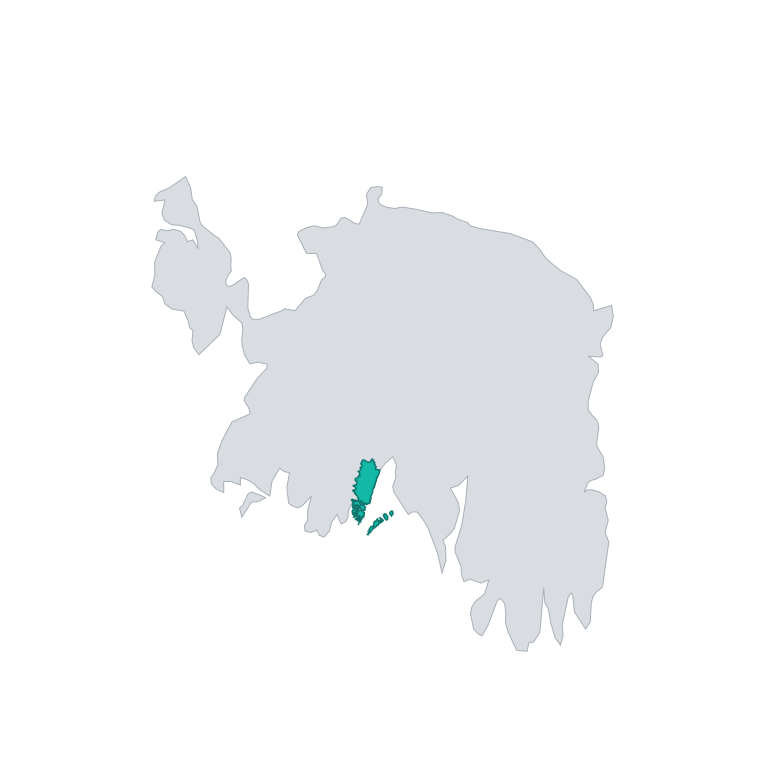 Conamara South Lea-5, Galway, Ireland shown in context, rotated 294°
{"feature_id": "5873133B18707060070656", "entity_name": "Conamara South Lea-5", "entity_type": "district", "adm_level": 2, "iso_a3": "IRL", "parent_name": "Ireland", "parent_adm1": "Galway", "projection": "mercator", "projection_center": [-9.603, 53.216], "detail": "fine", "context": "in_parent", "style": "filled", "palette": "teal", "viewbox_px": 768, "rotation_deg": 294, "n_neighbors": 0, "source": "geoboundaries", "source_scale": "gbopen_adm2", "svg_char_len": 9836}
<svg xmlns="http://www.w3.org/2000/svg" viewBox="0 0 768 768"><g transform="rotate(294 384 384)"><path d="M470.4,140.7L456.6,150.5L454.4,154.2L450.6,169.2L450.1,173.4L441.4,189.9L436.6,193.3L429.3,196.0L425.1,198.6L419.9,197.3L413.3,197.5L410.0,200.5L410.2,202.7L412.2,205.3L424.4,212.9L423.6,216.0L420.2,219.6L398.4,228.5L391.8,233.8L389.6,237.3L391.9,243.2L409.3,260.8L412.3,262.7L414.9,273.0L430.2,277.2L436.5,283.6L442.0,285.1L453.7,284.6L458.5,287.0L461.2,285.2L462.7,281.8L475.9,269.3L471.8,260.0L485.1,244.1L488.8,244.3L495.0,249.2L500.2,256.0L501.8,265.0L506.7,273.1L509.8,275.9L518.3,277.5L520.3,280.7L518.8,292.4L520.0,296.3L541.6,296.0L550.2,290.9L557.7,291.8L561.4,297.0L563.0,302.4L556.6,304.5L549.9,303.4L546.6,306.9L546.4,313.7L548.7,322.5L553.1,328.7L556.7,342.6L559.7,358.1L564.3,367.4L565.3,378.9L564.6,384.6L565.5,394.8L563.5,398.3L565.0,407.9L572.8,438.5L574.3,462.2L570.5,471.1L565.3,479.6L561.9,489.5L559.3,500.3L557.8,517.6L546.6,537.8L541.8,542.8L536.3,545.9L548.4,560.0L538.5,566.2L527.8,568.2L515.9,564.7L508.5,565.1L499.0,572.4L496.9,571.1L492.5,559.6L489.2,571.5L482.3,575.2L470.6,574.4L451.0,577.6L443.5,581.0L440.3,586.3L438.0,592.4L434.9,596.0L431.5,597.9L416.4,602.4L413.4,604.2L406.4,614.0L397.2,619.7L389.6,621.4L382.8,615.7L380.0,612.2L376.9,610.5L366.5,610.8L369.8,612.5L371.9,616.6L372.9,624.3L371.8,631.9L366.6,635.7L360.5,636.4L350.9,644.2L338.1,646.4L331.2,653.6L289.1,665.7L286.7,665.9L280.9,662.8L274.6,661.4L268.3,662.4L250.6,669.2L242.1,667.8L253.0,650.9L267.6,642.4L269.2,640.0L264.4,638.9L236.5,644.8L226.9,649.9L217.2,651.4L221.7,643.6L234.1,633.1L244.9,626.1L249.6,619.9L262.7,612.8L220.4,627.4L209.2,625.6L206.6,621.5L198.0,623.4L194.7,613.6L207.5,598.6L215.0,592.2L223.9,588.7L232.4,583.7L235.6,577.6L231.6,575.6L206.0,577.2L193.7,575.9L194.3,571.0L196.6,565.6L209.3,556.4L216.2,554.9L222.3,555.8L233.2,561.2L247.6,559.5L241.6,553.6L240.5,541.6L235.9,537.5L241.8,532.0L248.6,528.6L259.8,517.0L263.8,515.3L286.1,512.5L310.1,506.4L333.9,498.0L321.7,493.3L315.8,487.0L306.4,499.6L299.7,504.4L280.6,507.0L274.5,505.5L266.0,501.7L263.4,503.1L260.9,506.1L248.3,512.3L235.0,513.8L250.4,502.5L270.0,483.3L274.4,477.3L280.6,466.7L278.7,462.0L274.7,459.3L288.9,437.5L293.9,433.6L303.0,432.9L309.6,429.5L312.6,429.4L315.2,428.1L321.1,421.6L312.0,417.4L302.7,415.3L273.9,417.5L270.1,417.1L266.5,415.0L264.2,412.1L262.5,404.7L260.4,403.0L253.8,403.0L247.4,405.3L243.0,405.1L238.6,401.8L245.6,394.2L236.5,392.4L227.4,393.9L219.8,391.5L219.5,386.7L223.0,382.0L218.5,377.4L217.5,371.7L222.3,368.8L227.6,369.8L238.3,365.5L252.1,363.4L240.3,359.2L235.6,355.6L235.4,350.1L236.3,345.4L250.0,337.3L264.5,333.8L263.4,328.5L264.5,322.8L249.8,321.2L235.2,325.2L236.8,314.3L240.3,304.4L240.9,297.8L240.2,290.8L233.4,293.8L232.6,283.9L229.7,277.2L219.6,281.8L219.9,272.9L222.8,266.6L228.1,263.9L233.3,265.1L243.0,265.0L252.4,260.2L265.9,259.0L287.4,260.5L302.2,273.8L306.1,271.4L312.0,263.0L314.8,262.1L337.1,265.8L350.9,270.6L354.6,269.1L352.6,259.8L347.9,253.3L353.8,244.8L361.1,239.0L366.0,236.2L377.2,232.6L382.1,229.2L385.4,218.3L390.6,209.1L362.4,213.9L335.6,203.0L339.8,195.4L345.5,191.0L355.3,187.7L356.2,183.7L361.1,180.3L369.3,171.5L366.3,160.0L367.9,151.6L373.8,146.1L375.6,138.3L378.3,132.4L390.2,130.4L401.7,125.0L419.4,124.2L424.0,126.4L422.9,116.8L431.3,115.6L434.5,117.5L436.0,124.3L439.7,128.6L440.9,136.1L438.4,141.9L434.1,146.4L438.0,150.9L432.0,159.2L438.5,155.7L447.7,147.6L447.2,141.0L445.7,132.7L443.1,125.2L444.3,116.9L449.5,111.7L463.1,109.1L457.5,99.7L462.5,98.8L467.9,100.8L475.9,108.1L492.8,118.4L484.5,127.6L474.4,133.9L470.4,140.7ZM232.2,317.9L231.9,322.1L225.4,316.8L222.3,311.0L204.5,308.3L211.9,302.5L215.5,304.2L228.0,304.5L231.5,306.9L232.2,317.9Z" fill="#d9dde1" stroke="#a8b0b8" stroke-width="1"/><path d="M305.8,395.4L301.6,395.3L301.4,396.6L300.5,397.1L299.5,397.1L297.7,396.3L297.4,396.6L297.6,397.3L296.9,397.7L295.6,397.4L293.7,396.2L293.7,396.9L293.1,397.2L292.7,397.9L290.3,399.3L290.1,398.2L288.5,398.2L287.0,397.7L286.1,396.3L284.2,396.9L283.9,398.4L284.2,398.8L281.9,399.7L280.6,399.7L280.5,399.0L279.4,398.5L279.3,397.8L278.7,397.2L278.2,397.8L278.4,399.1L277.4,400.5L276.3,401.1L275.3,400.4L274.8,399.2L274.0,398.9L273.4,399.6L274.0,400.4L273.7,401.3L273.2,401.7L272.2,401.6L272.3,401.9L271.7,403.0L271.8,403.4L271.2,403.7L271.1,404.8L270.2,406.0L268.9,406.9L268.8,407.6L268.0,407.6L266.8,408.7L266.3,408.1L266.4,407.2L266.2,407.2L266.5,406.4L266.3,405.1L265.5,404.6L265.7,404.1L265.5,403.9L265.9,403.5L265.8,402.2L265.2,401.3L264.7,401.9L265.4,402.5L265.5,403.1L264.1,403.8L264.8,404.3L264.8,405.5L264.4,404.9L263.8,404.8L263.9,404.2L263.5,403.7L262.6,404.2L261.9,403.9L260.7,404.3L260.9,404.6L260.4,405.3L260.9,406.0L260.6,406.2L261.8,406.3L261.4,407.0L262.0,408.2L261.7,408.9L262.6,408.7L262.6,409.3L263.0,409.4L262.2,409.6L262.6,410.3L262.8,410.1L262.8,411.0L262.3,411.6L262.0,411.5L262.1,412.1L260.9,412.9L259.9,415.3L260.4,416.3L260.3,417.0L261.4,418.0L262.5,416.8L263.1,416.6L263.5,417.6L263.4,417.3L263.8,417.3L263.9,416.6L264.6,415.8L264.5,414.7L264.9,413.7L264.0,412.1L265.9,410.6L267.0,410.9L267.0,410.5L265.7,410.0L266.3,409.6L267.6,410.3L268.0,411.1L266.7,411.7L266.6,412.6L265.6,413.3L265.7,412.9L265.5,413.4L266.4,415.3L266.7,415.0L266.9,413.7L267.2,413.6L266.9,415.9L267.5,415.9L267.6,416.4L266.9,416.2L266.6,417.0L268.6,418.3L268.7,419.1L269.1,419.4L270.5,419.4L271.3,419.1L271.3,418.6L272.0,419.0L272.6,418.4L274.3,418.8L275.3,417.7L280.5,417.6L283.5,416.4L284.9,416.9L284.9,416.7L285.1,416.6L285.3,417.0L285.7,416.6L286.0,417.0L287.7,416.9L288.0,416.8L287.8,416.7L288.0,416.3L288.9,416.2L289.4,416.5L293.4,416.1L295.4,415.3L295.9,416.0L297.1,415.7L299.4,416.0L303.6,415.3L303.7,414.8L303.2,414.1L303.2,412.7L302.5,411.3L303.6,410.4L305.2,410.6L305.2,410.0L306.3,408.2L306.7,408.5L307.3,407.5L308.3,407.6L308.2,406.9L308.8,406.5L308.9,405.7L309.7,404.6L309.9,404.8L309.8,404.4L310.4,404.3L310.7,403.7L306.7,402.9L305.9,400.5L306.6,397.5L305.8,395.4ZM258.0,432.8L255.2,432.4L255.0,431.6L253.2,431.1L252.9,431.7L250.8,431.7L249.5,432.6L248.7,430.2L246.1,429.6L244.3,429.7L242.7,430.9L242.5,431.5L242.8,431.9L244.7,432.1L248.7,433.5L248.9,434.1L249.8,434.1L250.2,434.7L252.4,435.2L252.4,435.7L252.7,435.5L253.0,436.0L254.7,436.0L254.9,436.6L255.2,436.5L255.2,436.8L256.3,437.4L257.1,438.3L259.1,438.8L259.4,438.3L259.3,437.3L259.9,437.0L260.0,435.9L259.8,435.6L259.4,436.3L258.4,436.3L259.1,436.5L259.1,437.1L257.9,436.9L258.3,436.1L257.8,435.8L257.5,436.2L257.9,436.5L257.1,436.4L256.7,435.4L255.9,435.0L257.0,434.3L257.3,433.4L257.9,433.4L258.0,432.8ZM259.0,416.5L258.8,413.4L257.9,413.0L257.2,411.5L257.7,412.2L258.5,411.8L258.4,411.3L257.8,411.1L258.1,410.6L257.4,410.2L257.1,410.5L257.4,411.0L255.5,410.7L255.3,410.9L255.6,411.7L255.3,411.8L255.5,412.3L251.8,413.4L252.5,414.5L252.3,414.8L252.6,414.4L252.8,415.0L253.6,415.0L253.6,415.3L252.3,416.4L252.9,417.3L252.7,417.4L252.8,417.7L253.5,417.7L253.9,419.0L254.4,418.3L254.9,418.7L255.8,418.3L255.4,418.6L256.4,419.2L258.4,418.4L258.6,418.2L258.2,417.7L259.0,416.5ZM261.5,439.5L260.8,441.8L262.0,442.3L264.7,441.1L264.8,440.1L265.9,439.0L265.6,437.3L264.5,436.8L264.4,437.3L262.9,437.4L262.6,437.9L262.8,438.2L261.5,439.5ZM255.2,406.6L253.5,407.4L252.9,408.4L254.6,409.3L254.6,409.9L253.0,409.7L254.8,411.0L255.3,410.5L255.0,410.3L255.2,409.7L256.2,410.1L257.3,409.6L258.3,409.7L258.4,409.0L259.7,408.9L260.0,408.5L259.4,407.7L258.7,407.4L258.1,407.7L258.2,408.1L257.5,407.9L257.1,407.2L256.3,407.3L256.3,406.9L255.2,406.6ZM267.7,442.2L266.5,444.6L267.7,444.5L269.0,445.1L271.2,443.5L271.0,442.6L270.2,442.0L268.8,441.7L267.7,442.2ZM252.3,416.0L251.1,415.3L251.0,415.8L250.1,415.8L250.4,416.7L250.2,416.6L250.3,417.1L250.0,417.3L250.6,417.3L250.6,417.5L249.2,417.9L249.4,417.6L248.6,418.2L249.0,418.7L249.6,418.2L250.7,418.5L251.0,417.9L252.1,418.7L252.3,418.1L251.8,417.1L252.3,416.0ZM260.0,405.2L258.4,405.5L258.2,406.4L259.6,406.3L259.6,407.4L260.0,406.7L260.4,406.8L260.4,406.2L259.9,406.5L259.3,406.0L260.0,405.2ZM252.0,410.6L252.5,412.1L253.1,411.5L253.6,411.9L253.8,411.6L253.5,410.9L253.0,411.1L252.4,410.3L252.0,410.6ZM250.3,413.9L249.5,413.6L249.5,414.7L249.8,415.6L250.6,415.5L250.3,413.9ZM250.2,416.6L249.2,416.0L248.7,416.8L249.6,417.0L250.2,416.6ZM260.6,410.4L260.4,411.0L260.9,411.3L260.8,411.6L261.1,411.4L261.3,410.4L260.6,410.4ZM248.8,413.9L249.4,414.1L249.3,412.8L248.6,413.2L248.8,413.9ZM250.9,410.7L250.2,410.3L250.1,410.9L250.9,411.5L250.9,410.7ZM249.5,415.2L248.9,415.0L248.6,415.7L249.3,415.9L249.5,415.2ZM242.1,430.1L241.1,431.0L242.0,430.9L242.1,430.1ZM262.2,409.6L261.6,410.4L262.4,410.2L262.2,409.6ZM240.5,430.5L240.0,429.8L239.7,430.0L240.5,430.5ZM248.1,417.8L247.6,418.1L247.6,418.3L248.4,418.3L248.1,417.8ZM252.6,408.3L252.1,408.6L252.1,409.0L252.6,408.3ZM248.6,416.2L248.1,416.4L248.0,416.7L248.5,416.7L248.6,416.2ZM254.3,419.4L254.6,419.5L254.9,419.1L254.5,419.0L254.3,419.4ZM248.2,416.9L247.8,417.5L248.3,417.0L248.2,416.9ZM264.2,403.1L263.8,404.0L264.4,403.3L264.2,403.1ZM259.2,409.5L258.9,409.9L259.2,410.0L259.2,409.5ZM250.5,414.4L250.7,414.6L250.9,414.4L250.7,414.1L250.5,414.4ZM259.9,411.4L260.1,411.8L260.2,411.2L259.9,411.4ZM257.9,406.7L257.9,406.1L257.8,406.6L257.9,406.7ZM261.6,409.2L261.4,409.0L261.4,409.3L261.6,409.2ZM259.9,434.9L260.2,434.7L259.9,434.5L259.9,434.9ZM252.9,410.1L252.9,409.7L252.9,410.1ZM254.2,411.9L254.3,411.6L254.2,411.5L254.2,411.9ZM259.2,405.0L259.3,404.7L259.1,404.9L259.2,405.0ZM263.9,402.8L264.4,402.6L263.9,402.7L263.9,402.8ZM261.3,408.6L261.1,408.8L261.3,408.8L261.3,408.6ZM253.8,411.0L253.9,411.4L254.1,411.3L253.8,411.0ZM245.7,417.8L245.4,417.7L245.4,417.9L245.7,417.8ZM259.5,407.5L259.2,407.5L259.4,407.7L259.5,407.5ZM241.0,431.0L240.8,431.3L241.1,431.0L241.0,431.0ZM266.0,412.4L266.3,412.3L266.3,412.2L266.0,412.4ZM251.3,418.6L251.2,418.5L251.3,418.6Z" fill="#14b8a6" stroke="#0f766e" stroke-width="1.5"/></g></svg>